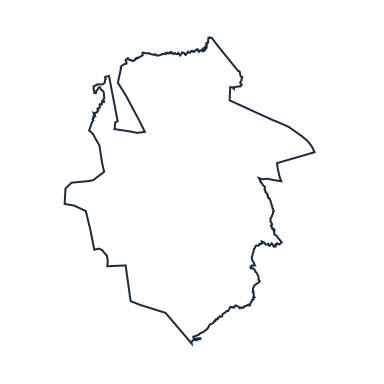 the district of Tepalcingo, Morelos, Mexico, rotated 350°
{"feature_id": "50627088B98541871287942", "entity_name": "Tepalcingo", "entity_type": "district", "adm_level": 2, "iso_a3": "MEX", "parent_name": "Mexico", "parent_adm1": "Morelos", "projection": "equal_earth", "projection_center": [-98.876, 18.569], "detail": "fine", "context": "isolated", "style": "outline", "palette": "slate", "viewbox_px": 384, "rotation_deg": 350, "n_neighbors": 0, "source": "geoboundaries", "source_scale": "gbopen_adm2", "svg_char_len": 5942}
<svg xmlns="http://www.w3.org/2000/svg" viewBox="0 0 384 384"><g transform="rotate(350 192 192)"><path d="M318.4,169.5L317.2,166.6L315.4,163.1L314.1,161.1L310.0,156.3L298.7,144.8L286.6,136.7L285.3,136.1L245.0,108.3L247.8,95.4L249.8,95.9L251.3,97.7L251.6,96.0L257.2,96.2L257.6,96.5L259.6,95.2L259.5,94.5L258.5,93.4L258.5,92.8L258.7,92.2L260.1,90.9L260.3,89.5L261.4,88.1L261.4,87.5L260.2,86.8L259.7,83.8L260.0,83.3L260.0,82.6L259.6,81.2L258.5,80.9L257.3,78.8L242.6,52.2L238.2,43.5L237.7,43.3L236.9,43.6L236.4,43.5L236.0,42.9L235.7,43.3L234.9,43.1L233.7,47.8L232.6,47.6L231.9,48.0L232.3,49.0L231.4,49.8L231.9,50.8L231.8,51.5L230.5,51.3L231.0,52.9L230.4,53.1L229.9,52.4L229.3,52.4L229.8,54.0L229.6,54.5L229.1,54.5L229.0,53.7L227.9,52.5L227.5,52.6L227.5,54.0L227.8,55.3L227.4,55.5L226.6,54.9L226.0,54.0L225.5,53.9L224.6,54.4L223.7,54.0L223.2,55.1L222.8,55.0L222.5,53.9L222.6,52.8L222.1,52.3L220.4,52.7L218.6,54.4L217.8,54.2L217.9,53.6L217.4,53.1L216.5,53.4L216.0,53.0L215.6,53.1L214.2,54.6L213.2,54.0L212.5,53.1L210.0,55.6L209.4,55.9L208.9,55.2L208.8,54.1L206.6,52.8L206.1,53.6L204.0,55.5L203.0,53.7L202.8,52.7L202.2,52.9L202.0,53.6L200.5,53.5L199.5,52.3L198.3,52.1L197.9,52.8L197.2,52.6L196.2,51.4L196.2,50.8L195.8,50.4L195.0,51.4L194.8,51.1L194.0,50.8L193.5,51.5L192.7,51.4L191.8,50.6L190.7,51.5L190.0,50.5L189.6,50.9L190.0,51.2L188.6,51.0L187.5,51.4L186.7,51.0L186.1,51.0L185.8,51.3L184.5,51.6L181.7,51.7L180.9,51.5L180.6,50.9L179.5,49.9L179.0,50.4L178.0,50.2L174.3,48.5L173.7,47.7L171.9,47.7L170.9,47.5L168.1,46.2L167.6,46.2L167.2,46.6L167.2,48.8L161.7,50.8L161.8,50.4L161.0,50.2L159.6,50.8L159.1,51.3L159.0,51.9L158.7,52.2L157.9,52.1L156.8,52.9L155.2,52.1L155.0,51.4L153.2,51.0L152.2,49.0L151.9,49.1L152.0,50.0L151.5,50.3L150.0,50.1L149.4,50.8L150.0,53.5L149.8,54.2L147.7,54.3L146.5,54.7L144.8,55.5L143.4,56.8L143.7,57.5L138.0,71.5L143.7,85.6L152.8,113.5L156.0,124.6L148.4,124.3L142.0,121.8L126.6,116.6L126.9,116.2L128.4,110.2L131.1,109.4L130.4,63.3L126.6,63.5L126.1,64.2L126.5,65.1L126.6,65.9L125.9,66.5L125.0,69.3L123.6,70.1L122.4,70.5L117.4,69.5L116.9,70.1L115.1,70.3L114.0,70.9L113.4,70.9L113.4,72.2L112.9,73.3L113.1,74.9L112.9,77.3L114.2,78.0L114.7,77.8L115.4,75.5L116.6,75.1L117.9,73.2L119.0,72.6L119.5,72.8L120.4,75.7L121.7,76.9L122.4,78.6L121.8,84.8L120.7,85.3L120.5,86.6L121.2,87.4L121.0,87.8L120.1,87.0L119.3,86.9L119.1,87.4L119.9,88.0L118.4,89.1L118.2,90.2L116.7,89.5L116.3,89.8L115.9,91.0L116.0,92.8L114.1,93.5L113.4,93.5L113.2,93.8L114.0,95.2L113.1,96.3L112.6,96.3L112.2,97.2L111.4,97.0L110.2,97.6L109.7,97.3L109.0,97.5L108.8,97.3L109.0,98.8L109.8,99.6L109.8,99.9L109.3,99.4L109.1,99.8L108.3,100.1L108.7,100.6L108.3,101.6L108.1,102.0L107.2,102.1L107.3,102.4L106.8,103.0L107.3,104.2L106.3,105.3L105.9,105.5L101.3,113.7L102.6,114.9L105.0,118.6L106.1,122.4L108.9,130.1L108.5,147.5L109.0,156.8L96.8,163.2L92.0,163.3L75.0,161.9L68.0,166.6L64.5,181.6L73.7,185.0L84.1,192.3L85.3,210.9L85.8,231.9L90.4,231.6L93.5,233.6L94.0,234.8L97.2,240.2L97.1,244.8L96.7,247.0L95.7,250.4L113.9,252.8L112.6,288.8L121.0,294.0L144.9,306.4L165.3,341.1L165.3,340.5L166.0,339.1L167.2,338.3L168.6,338.1L170.6,338.8L172.9,338.1L174.5,338.3L175.0,337.9L175.0,337.6L174.6,337.3L172.8,337.2L172.1,337.4L171.7,337.0L171.0,337.3L169.7,337.1L169.1,337.4L168.8,337.2L168.2,336.7L168.1,335.9L168.2,334.7L169.6,334.8L170.2,334.4L170.9,334.4L171.8,334.0L173.4,334.0L173.9,333.5L174.7,333.3L175.0,332.9L176.3,332.3L177.7,332.0L178.3,332.1L178.7,331.7L180.3,331.3L181.9,330.0L183.4,329.7L184.0,328.5L184.8,328.0L185.3,327.0L186.8,325.5L189.4,325.0L190.5,324.4L191.3,323.2L192.2,322.5L192.7,323.0L193.4,321.7L193.8,321.3L194.8,321.8L195.2,321.7L195.9,320.4L197.2,319.9L197.7,319.3L198.2,319.9L200.2,319.5L200.7,317.7L204.2,316.2L205.4,315.2L206.4,315.5L207.2,315.3L208.5,313.6L209.5,312.0L209.8,311.9L210.8,312.4L211.6,312.1L212.2,312.9L212.6,313.0L212.8,312.7L213.8,312.9L214.4,311.5L214.9,311.3L215.7,311.4L218.2,313.4L218.9,314.8L219.4,314.6L219.5,314.2L220.1,314.2L220.7,314.8L221.8,314.4L222.4,314.9L223.3,314.4L223.7,313.8L225.0,313.5L225.7,313.6L227.0,312.9L228.1,312.6L229.1,313.2L228.9,313.9L229.0,313.9L229.7,313.3L230.5,311.2L231.5,310.5L232.6,308.7L233.0,308.9L234.0,308.4L233.7,306.7L234.4,306.3L234.8,306.7L235.3,306.6L234.6,305.5L234.6,304.8L235.2,303.7L235.3,303.1L234.4,301.1L235.2,300.9L235.0,299.4L235.2,297.7L235.4,297.3L237.8,294.4L241.8,292.7L243.3,291.6L242.2,289.9L242.6,289.4L242.6,286.1L241.4,282.3L240.6,281.7L240.1,279.7L240.2,279.2L238.3,277.5L236.8,277.5L236.4,276.5L237.0,275.6L237.5,275.4L237.9,274.7L239.0,274.9L239.8,275.3L240.5,274.9L241.2,275.1L240.3,271.4L239.8,270.7L239.5,269.7L239.4,267.3L241.2,263.2L242.6,260.7L242.6,259.9L243.2,259.0L243.3,258.6L244.2,258.1L245.2,256.2L246.3,255.9L247.9,256.5L248.3,256.4L249.0,255.7L249.4,254.8L251.1,255.2L252.3,254.7L252.8,254.3L252.4,253.9L252.3,253.3L251.8,252.8L251.9,252.6L253.5,253.9L254.4,254.3L255.0,255.9L255.4,256.5L257.0,256.7L258.0,256.3L258.1,257.5L258.9,258.5L259.3,258.5L261.5,256.3L261.8,256.5L263.1,260.2L263.5,260.2L264.5,259.0L265.1,258.8L265.2,259.1L265.4,258.5L265.3,258.1L267.0,257.3L267.2,258.3L268.6,258.4L269.0,258.8L271.6,257.1L271.6,256.9L268.3,251.5L267.5,249.5L265.7,248.2L266.0,246.8L265.7,244.6L266.4,244.5L266.7,243.9L266.6,243.1L265.9,242.3L265.0,242.5L264.5,241.9L264.7,241.1L264.4,239.9L263.7,239.2L264.2,238.5L265.1,238.2L265.2,237.8L265.1,236.6L264.1,234.5L264.5,233.7L264.7,231.5L266.1,230.3L266.7,229.0L268.1,227.2L268.3,225.8L269.3,225.2L268.8,223.9L268.9,222.3L268.3,221.5L268.7,220.0L268.1,218.8L268.0,215.8L267.3,212.0L266.4,211.6L266.2,211.2L265.9,210.5L266.2,210.0L265.7,208.9L266.1,207.9L266.1,207.4L265.1,206.4L265.0,205.3L264.3,204.8L264.2,204.4L264.4,203.1L264.2,202.3L263.8,201.9L264.8,200.0L264.7,199.5L263.0,197.6L262.9,196.9L261.2,193.6L261.5,193.5L260.3,189.9L262.2,191.0L264.1,191.8L268.1,191.9L276.4,195.1L281.8,196.9L280.9,192.4L280.5,184.6L280.7,178.3L319.5,174.1L318.4,169.5Z" fill="none" stroke="#1e293b" stroke-width="2"/></g></svg>